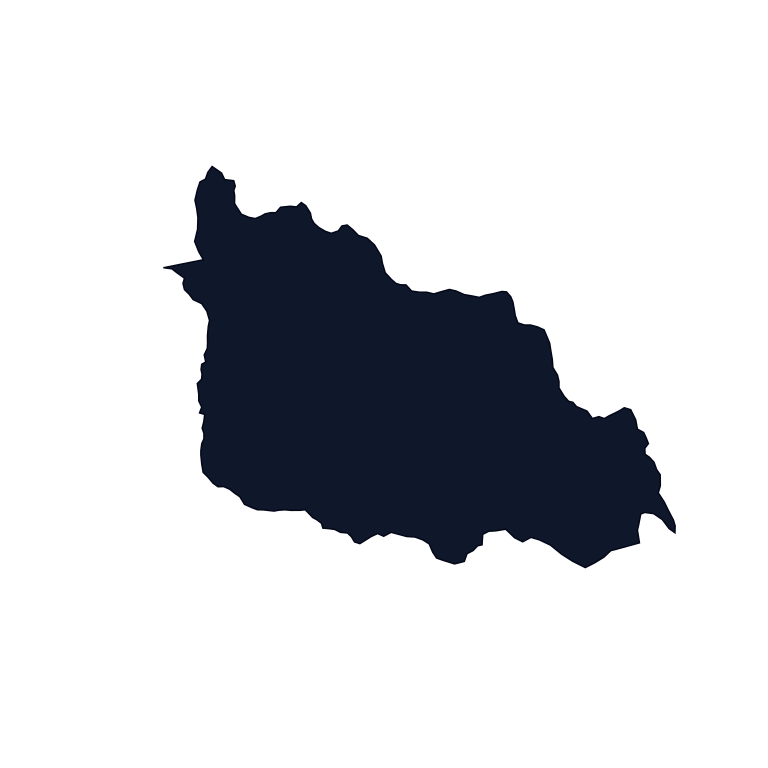 the district of São Miguel do Passa Quatro, Goiás, Brazil, rotated 150°
{"feature_id": "56859067B51842796216373", "entity_name": "São Miguel do Passa Quatro", "entity_type": "district", "adm_level": 2, "iso_a3": "BRA", "parent_name": "Brazil", "parent_adm1": "Goiás", "projection": "robinson", "projection_center": [-48.669, -17.001], "detail": "fine", "context": "isolated", "style": "filled", "palette": "ink", "viewbox_px": 768, "rotation_deg": 150, "n_neighbors": 0, "source": "geoboundaries", "source_scale": "gbopen_adm2", "svg_char_len": 2823}
<svg xmlns="http://www.w3.org/2000/svg" viewBox="0 0 768 768"><g transform="rotate(150 384 384)"><path d="M424.1,658.3L430.7,655.4L436.2,650.7L442.3,651.0L448.5,645.5L455.8,637.7L458.5,629.5L462.0,621.0L468.1,611.2L476.7,602.1L478.3,591.1L478.3,581.9L516.9,595.0L510.1,589.8L507.8,584.1L503.9,575.4L507.8,571.6L509.6,565.5L507.8,558.9L507.1,552.6L501.7,544.8L501.0,535.7L503.3,526.3L507.4,521.7L512.8,514.0L516.2,507.9L519.2,503.2L525.1,499.1L527.4,492.2L532.0,492.2L535.2,488.0L536.7,483.4L539.7,479.3L545.4,477.8L549.5,467.9L552.9,461.9L553.4,455.1L558.2,451.2L554.5,447.3L558.8,441.6L563.6,436.6L564.6,431.4L567.3,426.6L571.6,423.5L575.8,418.0L578.2,413.9L581.9,405.7L584.8,397.9L583.0,391.3L581.6,383.5L579.1,378.0L574.1,375.3L570.3,370.1L567.8,363.8L565.2,358.4L565.0,349.5L559.8,342.4L556.4,338.3L551.5,335.4L547.2,332.2L542.7,328.9L538.4,327.4L532.9,324.7L527.6,321.0L519.9,316.6L515.1,314.5L513.7,309.0L512.5,304.0L510.1,300.1L507.8,294.7L509.0,289.7L503.9,286.2L499.3,282.6L495.9,277.3L490.1,273.2L488.6,268.0L488.5,262.0L484.7,257.8L471.3,258.3L464.3,257.7L460.4,252.3L452.0,252.0L440.5,240.5L433.7,236.0L428.3,229.6L424.8,222.9L425.9,214.1L425.5,207.0L420.5,201.2L412.8,192.9L403.2,190.2L397.0,195.5L390.1,195.2L383.8,197.1L379.5,195.7L373.7,204.4L366.9,204.1L360.7,201.0L351.2,197.4L347.8,185.6L342.8,178.0L333.4,177.7L327.5,171.5L320.4,161.2L315.2,147.6L309.2,136.1L301.5,124.4L291.4,123.8L280.1,124.1L270.9,126.3L266.0,124.9L242.2,118.7L237.6,130.7L233.8,134.8L226.7,143.0L222.4,142.4L215.3,136.9L210.7,127.3L209.4,116.3L206.4,109.7L202.8,115.6L201.4,121.3L200.9,133.1L200.3,141.6L200.9,152.6L195.5,157.8L190.2,167.3L190.7,173.5L189.3,181.2L190.7,187.7L193.0,192.7L190.3,197.9L184.8,200.2L183.9,206.2L183.4,212.2L187.1,218.2L183.9,227.2L183.2,238.4L187.8,243.3L193.2,243.1L198.6,243.4L204.9,243.9L210.5,243.9L214.2,248.3L220.8,249.9L221.7,259.0L228.6,268.2L229.6,273.7L232.8,276.8L234.1,283.1L234.4,293.2L231.2,298.7L229.3,305.0L229.5,313.9L226.0,321.0L223.3,328.3L220.1,336.6L218.3,350.8L222.6,356.8L227.6,361.8L232.9,364.9L237.5,370.1L236.1,377.7L234.0,383.2L231.3,390.8L230.6,396.3L231.8,402.5L235.7,405.2L243.9,407.5L251.8,410.2L258.2,411.4L263.7,416.2L269.9,421.4L275.0,428.4L280.1,433.2L287.8,435.2L295.8,437.1L301.1,442.1L307.6,445.9L313.6,450.7L315.4,458.8L320.2,461.7L323.4,465.3L325.2,470.5L327.3,479.7L325.0,489.4L322.5,496.2L322.7,509.2L325.7,518.7L331.9,525.4L333.9,533.4L336.4,540.1L341.4,541.9L347.1,539.4L354.4,540.9L358.5,545.6L362.2,552.1L364.2,558.1L364.2,563.1L362.3,568.8L362.6,577.5L364.9,582.5L371.2,581.1L376.3,584.8L385.2,588.8L392.0,586.4L396.4,589.0L402.0,590.8L406.3,590.8L412.7,591.6L417.6,595.8L422.6,602.3L423.0,609.7L423.2,615.0L419.2,621.7L417.3,626.7L413.9,629.7L412.5,635.2L419.8,640.7L419.2,647.9L424.1,658.3Z" fill="#0f172a" stroke="#020617" stroke-width="1.5"/></g></svg>